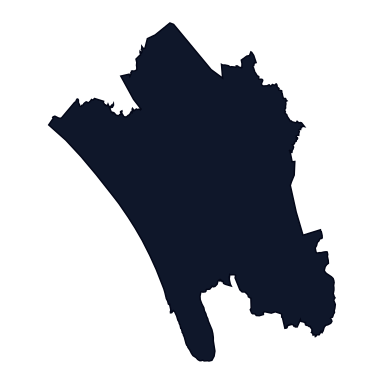 the district of Escuinapa, Sinaloa, Mexico
{"feature_id": "50627088B92703262083917", "entity_name": "Escuinapa", "entity_type": "district", "adm_level": 2, "iso_a3": "MEX", "parent_name": "Mexico", "parent_adm1": "Sinaloa", "projection": "equal_earth", "projection_center": [-105.661, 22.715], "detail": "fine", "context": "isolated", "style": "filled", "palette": "ink", "viewbox_px": 384, "rotation_deg": 0, "n_neighbors": 0, "source": "geoboundaries", "source_scale": "gbopen_adm2", "svg_char_len": 5993}
<svg xmlns="http://www.w3.org/2000/svg" viewBox="0 0 384 384"><path d="M320.4,229.8L303.0,235.2L296.2,212.1L290.3,185.4L291.4,181.9L294.2,175.1L294.8,161.5L292.1,161.8L290.2,152.2L289.4,150.7L289.8,150.3L290.5,150.5L291.2,152.4L291.9,152.4L292.2,150.2L292.9,149.3L293.6,147.1L293.3,146.3L292.3,144.8L293.6,144.4L294.4,143.5L294.6,142.8L294.4,142.1L296.1,141.3L296.3,140.7L296.2,140.0L297.3,139.1L297.6,138.3L297.4,137.6L297.0,137.6L296.5,138.2L296.2,137.9L296.3,135.9L297.8,135.1L298.7,135.3L298.8,133.1L299.3,131.7L298.8,131.0L299.1,129.8L299.5,129.4L300.6,129.5L300.9,126.9L301.7,127.4L302.1,126.5L302.5,126.2L304.5,126.6L301.5,122.8L300.9,123.0L300.3,122.5L298.9,122.9L297.1,121.3L296.5,122.4L295.5,122.7L292.0,121.8L291.4,121.0L290.4,121.1L287.3,116.5L286.7,114.6L284.6,112.9L285.4,111.9L284.7,110.3L285.1,108.7L285.6,108.1L285.5,106.1L285.9,103.8L285.6,102.2L286.1,101.1L286.9,100.8L286.0,100.0L285.9,99.2L285.4,98.5L283.4,98.5L282.6,95.8L282.1,93.1L281.4,92.2L281.8,91.3L281.6,90.7L278.9,90.1L278.7,89.5L279.0,88.5L277.1,86.9L277.0,85.2L276.4,84.0L276.1,83.9L274.5,85.3L272.4,84.5L270.8,86.3L270.3,86.2L269.4,84.9L268.5,85.0L267.3,85.8L263.5,86.0L262.2,85.6L261.5,84.3L261.5,83.5L262.7,80.6L262.6,79.9L261.9,79.3L258.8,79.2L258.5,78.5L258.8,77.1L258.7,76.5L257.2,75.8L255.4,72.8L254.9,72.4L253.5,67.8L252.6,67.0L253.1,66.0L253.7,65.7L254.0,64.6L253.9,64.1L254.3,63.1L256.1,62.6L253.7,55.4L251.7,52.4L250.9,51.9L249.5,55.6L246.8,56.1L241.3,60.1L242.0,63.6L241.9,67.5L241.2,67.4L241.0,67.9L238.3,66.8L237.6,66.0L236.2,65.9L236.0,67.0L235.1,67.4L234.5,67.0L231.3,66.7L230.5,67.1L228.3,65.7L224.9,65.0L222.6,65.0L221.5,64.4L222.6,78.1L211.1,69.6L173.6,24.4L169.9,23.0L155.1,35.0L147.4,38.6L145.0,48.1L143.5,48.7L141.8,46.4L141.8,48.5L141.4,49.3L142.1,50.5L142.1,51.2L141.4,52.9L140.1,51.4L140.0,52.3L140.3,53.1L140.4,55.3L139.5,55.6L136.0,59.1L136.8,62.4L136.5,65.4L136.8,67.1L136.8,69.4L136.6,70.0L134.1,71.2L132.7,70.9L131.5,71.1L131.3,72.6L130.9,72.7L131.0,73.9L129.9,76.5L129.1,74.2L120.8,76.1L133.6,99.4L141.1,109.1L141.0,109.3L140.4,109.2L140.2,109.7L139.9,109.3L139.0,109.2L137.6,109.6L136.3,109.0L135.4,109.8L134.1,110.3L134.0,110.8L133.5,110.8L133.2,109.3L132.5,108.4L132.2,109.1L132.2,110.9L131.9,112.7L131.1,112.0L129.5,114.8L128.4,115.2L126.5,116.9L124.7,117.0L123.6,116.3L121.9,113.4L121.6,112.3L122.0,111.5L121.9,110.9L120.6,111.6L120.5,112.0L121.2,114.3L119.8,114.5L118.8,115.6L118.3,115.7L116.1,115.2L114.1,112.9L112.9,112.4L112.8,112.8L112.6,112.3L111.5,112.5L109.9,108.7L110.3,107.7L112.4,107.2L113.5,105.1L113.4,103.7L112.5,105.4L111.9,105.0L111.2,106.2L110.4,106.3L109.9,106.9L110.1,107.8L109.5,107.8L108.0,104.2L107.5,105.5L107.0,105.8L106.3,105.7L105.9,105.0L105.6,104.9L105.6,105.3L105.3,105.4L104.7,104.7L103.3,102.5L103.6,101.3L94.5,98.5L93.2,99.9L92.6,100.0L91.5,99.5L90.5,101.0L88.9,102.5L87.8,102.8L86.7,101.9L85.7,102.1L83.9,103.6L83.4,104.8L81.8,105.4L81.6,106.2L81.1,106.5L79.6,106.0L79.6,105.1L78.4,102.6L78.4,100.0L77.9,99.2L77.2,99.0L76.4,100.1L75.6,102.2L74.7,102.3L61.3,118.2L58.9,118.2L54.9,116.2L53.2,116.8L52.7,117.5L53.4,118.1L48.7,124.9L65.9,140.2L81.0,156.5L96.2,174.6L113.3,196.3L119.0,203.7L128.3,217.3L135.2,228.2L142.2,240.3L149.8,255.3L156.3,269.6L163.8,288.7L164.9,292.4L166.4,298.7L167.7,301.2L168.4,304.0L169.1,304.5L169.6,304.3L170.9,310.2L170.4,311.6L170.5,312.8L171.7,312.7L173.3,310.6L174.7,311.7L176.7,316.1L177.9,320.2L178.9,321.8L179.3,323.6L180.0,324.8L180.8,328.4L181.3,328.7L181.5,329.2L182.2,331.7L182.1,332.2L182.9,333.4L183.6,335.0L183.5,335.5L184.2,336.6L186.1,343.7L186.8,345.3L187.4,345.9L187.9,346.6L187.9,347.3L189.8,350.0L191.5,353.4L193.0,355.6L196.1,357.6L197.8,359.5L199.6,360.6L200.9,360.7L202.7,360.2L204.1,360.9L207.6,360.7L209.0,361.0L211.9,360.3L214.1,356.2L214.9,351.1L213.3,340.9L213.3,337.5L212.8,333.6L211.9,329.7L208.2,320.9L207.8,318.9L206.5,316.2L205.8,313.6L204.4,310.8L203.8,307.7L201.8,303.9L200.2,299.6L200.0,296.2L200.8,292.2L201.3,291.7L202.9,292.1L205.3,291.8L206.0,291.0L206.0,290.2L206.6,289.4L209.5,289.2L210.3,288.6L210.4,288.2L212.0,286.7L212.2,286.1L213.4,286.8L215.0,286.4L217.1,284.2L217.8,281.4L218.4,280.6L218.8,280.2L219.5,280.7L219.7,280.2L219.9,280.5L220.3,279.6L221.1,280.2L221.0,280.7L221.6,280.6L222.0,281.5L223.2,281.5L223.6,283.4L225.4,284.3L231.2,286.0L230.3,284.2L229.4,280.1L229.2,277.0L229.5,277.0L229.7,274.4L230.6,274.8L233.8,274.7L235.4,275.0L235.6,275.5L235.1,277.9L239.9,289.8L242.1,291.9L245.0,292.0L247.9,294.8L248.4,296.8L250.9,298.3L251.2,308.2L250.3,309.7L251.6,312.9L252.5,313.7L254.9,313.8L256.3,315.5L259.3,315.7L263.4,314.5L263.3,312.6L264.6,311.7L271.3,313.1L275.3,311.8L280.8,313.6L281.7,314.2L281.7,317.1L282.5,317.8L284.9,328.3L286.1,328.1L286.0,327.5L287.0,327.6L287.3,326.8L287.1,325.6L288.2,325.6L288.6,325.4L288.6,324.9L289.6,325.0L289.5,324.6L290.9,324.2L290.9,324.5L293.2,324.7L293.6,325.5L293.9,325.6L294.0,326.2L295.2,325.9L295.3,326.9L297.2,326.9L300.4,319.6L300.7,321.0L301.0,321.4L303.8,322.0L304.6,322.7L305.5,322.5L305.5,324.7L306.1,325.2L308.0,325.6L309.1,326.5L310.3,326.4L310.5,327.4L311.9,329.0L311.9,331.7L311.4,332.5L312.6,333.2L313.1,335.1L314.1,334.6L314.9,334.8L315.3,336.5L316.3,335.8L316.8,334.7L319.1,334.8L320.2,333.0L320.8,331.3L321.2,331.2L321.3,332.0L322.0,332.7L323.1,330.9L324.1,327.4L325.7,325.3L327.8,324.8L330.7,323.3L331.9,321.4L331.5,320.0L330.4,318.4L330.9,317.6L332.2,317.3L332.6,316.9L333.6,313.8L334.3,312.9L334.5,312.4L334.2,310.7L334.9,308.0L335.3,304.4L333.8,300.5L333.9,299.6L335.0,297.8L334.1,296.5L333.8,295.1L333.2,294.0L333.9,290.1L333.9,287.7L333.6,285.5L334.1,282.6L333.8,280.6L333.1,278.5L331.4,276.8L326.3,273.4L324.4,271.1L324.4,269.7L325.2,266.7L326.7,264.6L328.4,263.3L328.2,260.3L327.4,256.5L327.7,254.4L327.2,252.0L326.3,251.8L324.0,252.0L321.1,252.7L319.0,252.7L317.9,253.1L316.5,252.8L315.9,251.7L315.2,247.9L316.5,245.7L317.2,242.9L317.6,242.0L318.6,241.3L319.9,238.8L321.8,238.4L322.2,237.8L322.1,235.3L321.2,231.4L320.5,231.2L320.4,229.8Z" fill="#0f172a" stroke="#020617" stroke-width="1.5"/></svg>